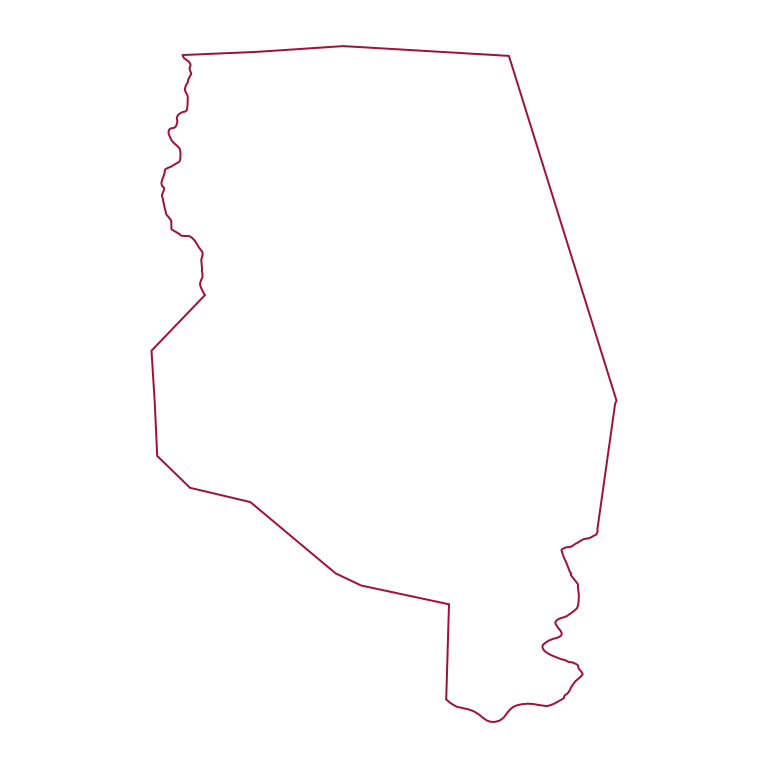 the district of Reitoca, Francisco Morazán, Honduras
{"feature_id": "27666195B70397594739312", "entity_name": "Reitoca", "entity_type": "district", "adm_level": 2, "iso_a3": "HND", "parent_name": "Honduras", "parent_adm1": "Francisco Morazán", "projection": "albers", "projection_center": [-87.44, 13.839], "detail": "fine", "context": "isolated", "style": "outline", "palette": "rose", "viewbox_px": 768, "rotation_deg": 0, "n_neighbors": 0, "source": "geoboundaries", "source_scale": "gbopen_adm2", "svg_char_len": 6047}
<svg xmlns="http://www.w3.org/2000/svg" viewBox="0 0 768 768"><path d="M563.9,697.9L564.0,697.2L564.2,696.5L564.5,695.9L564.9,695.3L565.2,695.0L565.5,694.7L566.0,694.5L566.7,694.1L567.1,693.8L567.9,692.9L568.6,692.1L569.2,691.2L569.8,690.2L570.2,689.4L570.7,688.1L571.1,687.4L572.6,685.0L574.5,682.4L575.2,681.4L575.7,681.0L576.1,680.6L577.8,679.2L579.0,678.2L580.4,676.9L582.1,675.1L582.4,674.7L582.5,674.4L582.6,673.9L582.4,673.4L582.2,672.9L581.3,671.7L580.7,670.9L579.6,669.8L579.1,669.1L578.5,667.9L578.3,667.3L578.2,666.8L578.2,666.1L578.2,665.7L577.9,665.3L577.4,664.9L576.7,664.4L575.6,663.8L574.4,663.3L572.9,662.6L572.4,662.5L571.9,662.3L571.1,662.3L570.3,662.2L569.7,662.2L569.2,662.1L568.6,661.9L567.7,661.5L566.3,660.7L565.5,660.3L564.3,659.9L562.0,659.4L560.5,658.9L555.1,656.8L551.7,655.4L551.0,655.1L549.7,654.4L548.0,653.4L547.0,652.8L545.1,651.3L544.3,650.7L543.9,650.1L543.5,649.7L543.2,649.1L542.9,648.5L542.7,648.0L542.6,647.4L542.5,646.8L542.5,646.3L542.6,645.7L542.7,645.4L542.9,645.0L543.4,644.4L544.1,643.8L545.3,642.9L546.6,642.0L548.2,640.9L549.6,640.2L552.8,639.0L553.8,638.7L556.7,637.9L558.1,637.4L559.1,636.9L559.8,636.5L560.5,636.1L560.9,635.7L561.2,635.3L561.4,635.0L561.5,634.6L561.6,634.3L561.7,633.9L561.7,633.5L561.6,633.1L561.5,632.7L561.0,631.6L560.6,630.9L559.9,630.0L558.9,628.8L558.0,627.7L556.9,626.0L556.0,624.5L555.6,623.7L555.5,623.3L555.4,623.0L555.4,622.3L555.5,622.1L555.6,621.7L556.1,621.1L556.6,620.5L557.9,619.5L558.7,619.0L559.4,618.7L566.5,616.3L566.9,616.0L571.3,612.9L574.1,610.8L575.6,609.5L576.5,608.7L577.0,608.0L577.4,607.3L577.7,606.3L578.0,605.3L578.1,604.5L578.5,602.2L578.7,599.9L578.8,597.1L578.8,594.9L578.7,593.8L578.6,592.7L578.2,589.7L578.0,588.0L577.9,586.7L578.0,585.1L577.9,584.5L577.7,584.0L577.5,583.6L575.4,580.9L572.3,577.0L571.3,575.7L570.9,575.0L570.8,574.5L570.7,574.1L570.8,573.8L571.1,573.4L570.2,572.2L569.8,571.6L569.6,571.1L566.5,563.2L565.2,560.3L564.3,558.4L563.9,557.6L562.8,554.4L561.9,551.6L561.6,550.7L561.6,550.1L561.6,549.9L561.7,549.7L561.9,549.4L562.1,549.2L562.7,548.9L564.5,548.0L566.0,547.4L566.8,547.2L568.3,547.2L570.0,546.9L571.0,546.7L571.6,546.4L572.4,545.9L573.0,545.6L574.2,544.6L575.0,544.1L575.6,543.7L577.2,542.9L578.7,542.0L582.5,539.7L583.2,539.3L583.9,539.1L584.9,538.9L588.9,538.2L589.7,538.0L590.3,537.7L593.6,535.8L595.3,535.1L595.7,534.9L596.2,534.4L596.6,534.0L596.9,533.4L597.2,532.9L597.4,531.9L597.6,531.1L597.5,530.2L597.4,529.3L615.1,403.8L616.5,400.6L508.9,55.9L343.2,46.1L256.0,51.9L183.3,55.0L182.7,55.1L182.9,56.0L183.0,56.5L183.2,56.9L183.5,57.4L184.4,58.4L185.2,59.0L188.5,61.4L188.9,61.7L189.2,62.0L189.8,63.0L190.2,64.0L190.5,64.9L190.5,65.4L190.5,65.8L190.4,66.1L189.9,66.9L189.7,67.4L189.7,68.1L189.7,69.1L189.8,69.7L189.9,70.3L190.1,70.8L190.7,72.0L191.0,73.0L191.2,73.8L191.2,74.2L191.0,74.5L190.4,75.2L190.2,75.6L189.2,77.7L188.4,79.2L188.1,79.9L188.0,80.4L188.0,81.3L187.9,81.8L187.6,82.6L186.9,83.7L186.5,84.3L185.7,86.1L185.4,87.0L185.2,87.7L185.0,88.6L184.9,89.1L184.9,90.0L185.1,90.6L186.0,92.7L187.4,95.3L187.6,95.9L187.7,96.6L187.8,97.6L187.8,98.8L187.6,102.4L187.5,105.0L187.4,106.5L187.1,108.4L186.9,109.4L186.6,110.2L186.4,110.5L186.2,110.8L185.8,111.2L185.2,111.5L184.7,111.7L183.4,111.9L182.6,112.1L182.0,112.4L180.4,113.2L179.7,113.6L179.1,114.1L178.4,114.8L177.8,115.5L177.4,116.1L177.2,116.7L176.9,117.5L176.8,118.2L176.8,118.7L176.9,119.2L177.0,119.7L177.2,120.3L177.3,120.9L177.3,121.5L177.2,122.2L177.0,123.3L176.6,124.5L176.3,125.4L175.9,126.2L175.7,126.6L175.4,126.9L175.0,127.2L174.7,127.4L173.8,127.8L173.0,128.0L172.5,128.1L171.5,128.3L171.0,128.4L170.2,128.7L169.7,129.1L169.2,129.7L169.1,130.0L168.9,130.4L168.7,131.3L168.5,132.5L168.6,133.4L168.7,133.9L168.8,134.2L169.5,136.0L170.7,138.5L171.3,139.8L171.7,140.5L172.1,141.0L172.6,141.6L173.7,142.8L174.8,143.8L177.0,145.7L178.6,147.3L179.2,148.1L179.7,148.9L180.0,149.7L180.2,150.6L180.3,151.3L180.4,152.7L180.5,154.8L180.4,156.4L180.4,157.8L180.2,159.1L180.0,160.1L179.9,160.6L179.7,161.0L179.4,161.5L179.0,161.9L178.7,162.2L175.7,163.8L173.7,165.0L172.1,166.0L171.2,166.6L170.8,166.8L169.3,167.3L168.6,167.6L167.7,168.0L166.9,168.4L165.5,169.2L165.2,169.4L165.0,169.8L164.9,170.0L164.8,170.5L164.8,171.5L164.7,172.1L164.1,174.7L163.8,175.6L163.0,177.6L162.4,179.4L161.7,181.4L161.5,182.3L161.5,183.0L161.5,183.9L161.7,184.6L161.9,185.4L162.2,185.9L162.6,186.6L162.9,186.9L163.5,187.2L163.8,187.5L164.0,188.0L164.2,188.6L164.1,189.4L163.9,190.0L163.2,191.8L162.4,193.6L162.1,194.3L162.0,194.8L162.0,195.6L162.1,196.1L162.2,196.8L162.7,198.4L162.9,199.3L163.8,204.1L166.3,214.4L166.4,214.6L166.6,214.9L167.6,216.0L168.4,216.9L170.7,219.8L171.0,220.2L171.1,220.6L171.2,221.3L171.3,222.1L171.4,228.4L171.5,229.0L171.7,229.3L172.1,229.7L172.5,230.0L175.3,231.6L178.8,233.6L179.5,234.1L180.4,235.1L180.7,235.3L181.0,235.5L181.7,235.7L184.2,236.0L185.8,236.0L187.7,235.9L188.6,236.0L189.3,236.2L189.9,236.4L190.6,236.8L191.5,237.4L192.3,238.1L193.4,239.2L194.4,240.3L195.3,241.4L195.8,242.2L196.7,243.7L198.1,246.0L199.2,247.8L200.2,249.1L201.5,250.8L202.1,251.7L202.4,252.3L202.6,252.9L202.6,253.4L202.6,254.3L202.5,255.1L202.4,255.7L202.3,256.4L202.1,256.9L201.7,257.9L201.6,258.4L201.4,259.3L201.3,260.5L202.0,268.2L202.0,268.8L201.9,270.1L201.9,271.0L202.0,271.8L202.3,273.1L202.5,274.1L202.5,275.0L202.5,276.3L202.5,276.9L202.3,277.6L202.0,278.2L201.5,279.2L201.2,279.9L200.8,281.0L200.5,282.0L200.3,282.7L200.1,283.3L200.1,284.1L200.1,284.7L200.2,285.3L200.3,285.8L200.7,286.9L201.3,288.3L202.7,291.2L203.8,293.4L204.1,293.9L205.0,295.0L151.5,350.7L154.8,403.4L157.2,455.9L190.0,487.8L250.4,502.1L335.5,573.3L361.1,585.5L449.0,604.3L446.2,699.5L450.3,702.9L453.4,704.9L456.7,706.7L461.8,707.9L467.6,709.1L473.5,711.2L478.6,714.2L482.7,717.6L486.8,720.5L490.5,721.8L494.9,721.9L499.7,720.6L503.5,717.8L507.3,712.8L510.1,709.4L513.2,706.9L516.6,705.4L521.9,704.2L527.6,703.7L533.1,704.0L538.7,705.0L546.7,706.1L550.0,705.3L553.5,704.0L556.7,702.3L559.6,700.6L562.0,699.4L563.9,697.9Z" fill="none" stroke="#9f1239" stroke-width="2"/></svg>